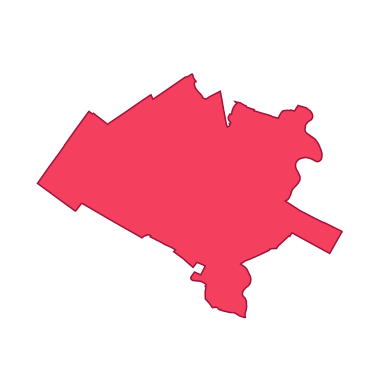 outline of Cosereni, Ialomita, Romania, rotated 98°
{"feature_id": "2599482B11808069805596", "entity_name": "Cosereni", "entity_type": "district", "adm_level": 2, "iso_a3": "ROU", "parent_name": "Romania", "parent_adm1": "Ialomita", "projection": "mercator", "projection_center": [26.552, 44.674], "detail": "fine", "context": "isolated", "style": "filled", "palette": "rose", "viewbox_px": 384, "rotation_deg": 98, "n_neighbors": 0, "source": "geoboundaries", "source_scale": "gbopen_adm2", "svg_char_len": 5739}
<svg xmlns="http://www.w3.org/2000/svg" viewBox="0 0 384 384"><g transform="rotate(98 192 192)"><path d="M205.0,346.2L227.0,305.2L226.9,304.5L218.7,299.9L218.7,298.9L230.8,269.3L236.9,254.0L238.6,249.6L241.6,242.0L243.9,236.3L244.4,235.2L243.4,234.3L243.0,234.0L242.7,233.7L242.1,232.8L242.0,232.6L241.8,232.5L241.6,232.3L241.6,231.9L241.5,231.7L241.5,231.2L241.4,230.9L240.3,230.1L240.9,226.8L241.8,227.2L242.2,227.1L243.4,223.6L243.7,222.5L244.4,220.9L244.8,219.6L245.0,218.7L245.4,217.6L246.5,214.6L247.3,212.7L248.1,210.7L248.2,210.0L248.5,208.7L249.1,206.9L249.6,205.1L249.8,204.5L250.3,203.2L250.7,202.4L251.6,200.3L252.8,201.1L253.7,201.8L254.2,200.8L259.2,191.4L263.0,185.9L266.5,180.4L261.0,177.3L262.3,171.9L263.4,168.6L266.2,169.5L272.8,171.8L270.9,178.4L272.8,179.3L273.3,179.6L273.6,179.8L276.0,181.0L276.3,181.2L277.6,181.2L277.8,181.2L278.0,181.1L278.3,180.9L278.9,180.1L279.1,179.8L279.3,179.3L279.5,178.9L279.6,178.3L279.6,178.0L279.4,177.2L279.4,176.0L279.3,174.3L279.3,173.4L279.2,172.4L279.2,171.8L279.3,170.7L280.0,168.5L280.5,167.3L281.7,165.1L283.6,165.9L283.8,165.7L284.1,165.2L284.2,164.7L286.1,165.0L286.5,165.0L286.9,165.1L287.0,165.1L287.5,165.1L290.9,164.8L292.3,164.5L292.8,164.5L294.8,164.1L295.7,164.0L296.1,163.8L296.2,163.7L296.3,163.6L296.5,163.4L299.3,159.9L301.4,157.8L303.0,156.4L303.3,156.2L303.7,155.7L302.6,151.3L303.2,150.5L303.7,150.0L304.7,148.8L304.8,148.6L304.8,148.4L304.4,147.5L304.4,147.3L304.9,147.3L304.9,146.8L304.9,146.4L305.0,146.1L305.1,145.8L305.3,145.7L305.5,143.4L305.7,141.8L305.7,141.0L305.8,140.6L305.8,139.7L306.0,138.1L306.0,137.3L305.9,136.1L305.8,135.3L305.7,134.5L305.8,133.7L305.9,132.9L306.3,131.7L307.6,128.6L307.8,128.3L308.1,127.8L309.0,122.5L308.7,121.7L307.0,122.2L306.4,122.4L305.2,122.5L302.9,122.2L301.3,122.0L299.1,121.9L298.1,121.9L296.9,122.1L295.0,122.6L292.7,122.9L289.7,124.7L288.0,126.9L287.0,127.5L285.6,128.0L284.0,127.8L281.8,127.1L279.2,125.3L278.3,124.4L277.2,123.3L276.6,122.9L275.9,122.5L274.6,121.8L273.9,121.6L272.0,121.6L270.6,121.5L269.8,121.7L267.6,122.4L265.6,123.7L264.3,124.6L263.1,125.4L260.6,127.1L259.2,128.8L258.2,130.6L256.7,133.9L256.0,133.4L252.6,129.3L249.9,124.4L249.7,124.2L243.1,113.6L242.6,113.0L239.1,107.5L237.8,107.1L236.9,104.5L236.2,100.4L233.2,99.0L221.9,89.8L222.3,89.0L218.5,87.4L233.7,47.1L233.0,46.8L221.5,42.3L218.9,41.3L218.1,41.0L216.4,40.3L214.1,39.4L213.3,39.1L212.2,38.7L211.4,38.3L211.0,38.1L210.6,37.8L210.4,37.9L210.2,38.0L210.0,38.3L209.8,38.9L207.5,46.0L203.8,57.1L204.0,57.5L200.9,66.9L195.4,82.5L191.6,90.6L188.0,98.4L186.2,96.0L184.3,95.0L182.1,94.3L179.5,93.7L176.5,93.3L174.4,92.2L172.4,90.7L170.3,89.2L169.2,88.5L168.1,87.9L166.3,87.2L165.1,86.8L162.0,87.1L159.4,88.6L156.8,90.4L155.3,91.6L154.2,92.2L152.7,92.9L150.7,93.2L149.4,93.2L148.1,92.9L146.6,92.2L145.0,90.9L144.1,89.7L143.3,88.2L142.8,86.9L141.9,83.8L142.2,80.7L142.4,79.2L143.4,76.0L143.9,75.0L144.3,73.7L144.5,72.9L144.5,72.2L144.3,71.2L143.8,70.4L143.1,69.5L142.2,68.8L141.2,68.4L139.3,68.3L137.5,68.4L135.8,68.7L133.2,69.7L128.0,72.7L125.9,74.2L124.1,75.9L122.3,77.8L118.6,85.1L117.8,86.5L116.6,87.9L115.6,88.5L114.7,88.8L113.9,88.9L112.8,88.8L110.2,88.9L108.6,88.3L106.8,87.2L105.7,86.1L104.6,84.9L104.1,84.2L103.3,83.6L102.1,83.1L101.0,82.9L99.7,83.1L98.0,83.8L96.7,84.7L95.2,86.2L92.9,90.3L92.5,91.8L92.0,96.1L91.5,99.0L97.0,101.6L97.6,102.0L97.0,105.5L97.3,105.6L97.4,105.8L97.6,106.0L97.7,106.8L97.7,108.2L97.8,108.8L98.6,112.3L98.7,112.7L99.0,113.2L99.3,113.5L99.5,113.7L99.9,114.1L100.1,114.2L100.6,114.5L101.2,114.8L101.8,115.0L102.4,115.3L103.3,115.7L104.0,116.0L104.6,116.2L105.2,116.3L106.6,116.7L106.8,116.9L106.9,117.1L106.8,117.3L106.7,118.6L106.3,122.0L105.7,124.6L105.3,126.3L105.2,126.3L104.7,129.9L104.6,130.7L104.5,131.3L104.4,132.1L104.3,132.8L104.2,134.0L104.0,135.1L103.6,137.5L103.2,140.0L103.0,141.9L101.8,141.7L100.5,149.2L100.4,149.5L99.2,150.4L98.6,152.7L97.0,156.6L96.9,158.3L96.8,159.3L96.8,159.9L96.4,161.9L96.4,162.0L97.1,161.3L97.7,159.8L100.5,161.8L101.5,162.2L102.3,162.6L103.2,162.9L106.5,163.6L109.2,163.7L109.5,163.8L109.6,164.1L109.6,165.3L109.7,165.5L109.8,165.6L110.0,165.6L110.2,165.4L110.3,165.4L110.5,165.5L110.8,165.7L111.1,165.9L111.8,166.3L112.1,166.3L112.6,166.4L113.1,166.5L113.7,166.4L114.2,166.3L114.8,166.1L115.4,165.8L117.1,164.3L117.3,163.8L117.7,163.4L118.0,163.3L118.5,163.4L119.1,164.4L119.1,164.5L119.4,164.4L119.6,164.3L120.1,164.0L120.4,163.9L120.8,163.9L121.1,163.9L121.5,164.3L122.7,166.0L120.5,167.3L120.3,167.4L117.9,168.2L115.9,168.8L114.3,169.4L110.7,170.6L107.8,171.6L105.6,172.4L104.4,172.6L102.8,173.2L100.8,173.9L99.3,174.3L97.5,174.9L91.0,177.1L88.3,178.0L89.3,179.5L92.2,183.6L93.3,185.2L94.9,187.4L96.3,189.2L96.5,189.2L97.0,189.8L98.2,191.5L97.9,192.1L97.8,192.7L97.7,193.4L97.6,193.6L97.5,193.8L97.2,194.1L96.3,194.9L95.7,195.4L95.2,195.7L94.4,196.6L94.1,196.9L93.8,197.2L93.5,197.6L93.1,198.2L92.9,198.5L92.1,199.5L91.8,199.9L91.3,200.4L90.9,200.8L90.7,201.1L90.1,201.7L89.7,202.0L89.0,202.7L88.8,202.8L88.1,203.3L87.7,203.6L87.2,203.8L86.8,204.0L86.5,204.1L86.4,204.2L85.7,204.4L85.4,204.6L85.0,204.7L84.3,204.8L84.0,204.8L83.6,204.8L83.2,204.7L82.9,204.4L82.7,204.2L82.5,203.9L82.5,203.7L82.4,203.7L82.1,203.4L81.8,203.5L81.7,203.5L81.0,204.3L80.2,205.1L79.0,206.2L78.0,206.7L77.2,207.0L76.6,207.4L76.0,207.5L75.6,207.7L75.2,208.2L75.2,208.5L78.7,212.8L78.9,214.1L79.0,214.3L79.3,214.8L96.4,233.4L104.9,242.8L105.4,243.7L101.4,246.2L103.5,248.6L107.3,252.9L124.0,271.0L135.3,283.6L136.8,284.9L133.8,290.0L133.2,291.1L130.7,295.5L128.6,299.1L127.8,300.6L128.3,301.1L128.5,301.4L128.4,301.7L127.8,302.9L126.5,305.3L144.8,315.1L163.3,324.7L164.1,324.9L171.7,328.8L187.0,337.0L187.6,337.3L205.0,346.2Z" fill="#f43f5e" stroke="#9f1239" stroke-width="1.5"/></g></svg>